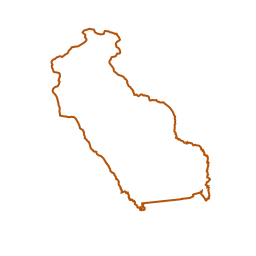 Pradera, Valle del Cauca, Colombia (orthographic projection), rotated 234°
{"feature_id": "7082276B33285563238152", "entity_name": "Pradera", "entity_type": "district", "adm_level": 2, "iso_a3": "COL", "parent_name": "Colombia", "parent_adm1": "Valle del Cauca", "projection": "orthographic", "projection_center": [-76.213, 3.422], "detail": "fine", "context": "isolated", "style": "outline", "palette": "amber", "viewbox_px": 256, "rotation_deg": 234, "n_neighbors": 0, "source": "geoboundaries", "source_scale": "gbopen_adm2", "svg_char_len": 5694}
<svg xmlns="http://www.w3.org/2000/svg" viewBox="0 0 256 256"><g transform="rotate(234 128 128)"><path d="M227.3,107.5L226.9,105.6L226.5,105.1L225.5,104.4L223.6,104.1L223.2,103.0L222.5,102.4L221.2,101.9L219.9,101.8L217.6,101.0L216.8,101.0L214.2,103.6L212.8,104.6L212.0,104.6L211.1,103.9L210.3,103.8L209.8,103.4L209.1,102.0L208.2,101.2L207.6,99.9L207.1,99.7L205.6,99.9L203.7,97.3L203.1,95.5L203.9,93.6L204.0,92.5L203.6,90.4L202.5,88.9L202.0,88.7L200.0,88.4L198.7,88.7L196.7,88.8L194.2,88.4L190.7,86.9L189.2,86.5L187.8,85.5L185.8,84.9L184.7,84.8L181.6,82.2L179.0,81.1L178.1,80.3L177.7,80.5L174.4,83.7L173.6,84.9L172.3,85.6L170.9,87.5L170.3,88.9L168.6,90.6L168.2,90.8L166.1,91.2L161.3,90.7L157.4,89.7L156.9,89.3L156.1,89.0L155.4,89.1L153.2,90.2L152.3,90.2L151.6,89.9L150.7,90.0L148.6,88.5L146.9,88.2L145.8,87.7L145.0,87.0L144.1,87.4L140.7,87.7L139.4,88.1L138.9,87.8L138.3,87.8L135.6,86.7L134.8,86.6L134.0,86.0L133.4,86.0L131.4,86.2L130.5,86.6L130.0,86.4L128.8,86.7L128.2,87.7L127.3,88.4L126.3,87.8L125.3,87.6L123.6,88.0L122.4,88.7L121.2,89.7L117.5,90.3L116.5,90.3L115.6,90.0L114.3,90.1L112.9,89.7L111.4,90.1L110.5,89.8L110.1,90.0L109.5,89.8L108.6,90.0L106.7,89.4L105.7,89.6L105.1,89.4L104.5,88.9L103.1,88.4L102.0,89.0L101.6,89.1L101.1,88.9L100.2,89.6L99.5,89.9L99.0,89.7L98.5,89.9L97.7,89.3L95.9,89.5L94.4,88.7L94.0,88.8L93.8,88.6L93.2,89.0L92.9,88.8L92.0,89.1L90.3,89.1L89.3,88.6L88.8,87.9L87.8,87.3L87.0,87.1L86.6,87.3L85.1,87.2L84.7,86.9L84.2,86.8L83.8,87.0L83.2,86.7L83.2,86.4L82.8,86.1L82.2,86.4L81.7,86.5L81.4,86.2L81.0,86.2L80.6,85.7L80.0,85.5L79.5,84.9L79.3,85.4L79.2,86.5L78.8,87.0L78.7,88.1L77.8,88.6L76.6,88.3L76.4,89.1L76.0,89.9L75.7,89.8L75.4,89.1L75.1,89.0L74.7,89.4L72.5,89.0L72.0,88.0L71.3,88.0L70.7,87.6L70.0,87.9L69.3,87.2L68.8,87.6L68.4,87.5L68.0,87.8L67.9,88.5L68.0,88.7L67.6,88.9L67.4,89.2L66.7,89.1L66.3,89.5L65.9,89.1L65.4,89.2L65.3,89.4L65.3,89.9L65.2,90.1L64.2,90.1L63.8,89.7L63.0,89.5L62.4,88.8L60.0,89.7L59.3,89.6L58.4,89.0L57.6,89.3L56.9,90.2L57.0,90.6L56.5,91.6L56.4,91.5L56.5,90.6L55.6,91.2L55.6,90.3L54.7,89.7L54.3,89.8L54.3,90.5L53.7,90.7L53.9,91.1L53.6,91.9L53.0,92.0L52.4,92.4L52.4,92.7L52.7,93.0L52.4,93.6L52.7,93.8L53.2,94.4L53.8,94.6L55.3,93.9L55.4,94.0L55.5,94.3L55.9,94.4L56.1,93.7L56.3,93.6L56.4,94.1L57.5,94.6L57.5,95.5L59.1,94.5L39.5,128.5L38.8,129.9L39.0,130.0L35.1,136.8L34.4,140.7L35.8,141.4L35.3,143.3L33.5,147.8L33.6,150.6L31.9,148.7L31.3,148.4L29.6,148.6L28.8,148.9L28.1,148.6L25.5,148.7L24.6,148.3L24.0,148.3L23.4,148.5L23.4,148.9L23.7,149.9L24.1,150.1L24.2,150.6L23.8,150.8L23.9,151.0L23.5,151.7L23.5,152.2L24.8,152.8L24.8,153.3L25.5,154.2L29.2,155.8L29.6,156.1L30.6,156.4L31.0,157.2L32.0,157.6L32.2,158.2L32.6,157.9L33.1,157.8L33.5,158.3L33.6,157.8L33.8,158.1L34.4,158.1L34.5,157.9L34.7,158.1L35.2,157.8L36.4,157.5L36.6,158.0L36.6,158.6L37.3,159.2L37.8,160.1L37.4,160.9L37.9,162.6L37.9,163.3L38.5,164.3L40.7,163.7L41.5,163.0L43.0,164.5L43.1,165.4L43.9,165.4L45.3,166.3L46.2,166.1L47.1,166.4L47.2,166.7L47.1,167.1L47.6,167.3L47.8,168.0L48.5,168.4L49.0,169.2L49.5,169.5L50.3,170.9L51.8,171.5L52.5,172.8L53.1,172.7L53.5,172.1L53.7,172.6L54.5,172.5L54.7,173.2L55.1,173.4L56.4,174.8L58.3,175.7L59.4,175.6L59.5,175.3L59.4,174.9L60.1,174.9L60.7,174.6L61.4,173.9L61.6,174.0L61.6,174.6L63.3,175.2L63.6,174.9L64.9,175.5L65.4,175.0L66.0,175.7L66.5,175.7L66.9,175.6L67.3,174.7L68.3,174.9L69.5,175.6L71.9,175.1L74.0,173.0L75.0,172.4L75.6,170.6L76.7,170.6L77.6,170.8L78.9,170.0L80.2,168.8L80.2,168.5L80.6,168.0L80.5,167.3L80.6,167.0L81.0,166.8L81.1,166.5L81.6,167.0L81.6,166.3L81.8,166.2L81.8,166.4L82.1,166.4L82.9,164.9L83.3,164.7L84.7,164.7L85.4,164.5L86.5,163.6L87.8,163.2L89.1,162.0L89.4,162.0L89.6,162.4L90.2,161.8L91.2,161.6L91.8,161.0L92.0,161.3L92.1,161.9L92.6,161.9L92.9,162.5L94.1,162.9L95.2,162.8L95.7,163.6L97.5,163.5L98.5,163.8L100.6,165.9L103.1,167.5L103.7,168.9L105.2,169.5L105.5,169.9L106.5,170.8L108.2,171.4L108.5,171.8L109.0,172.0L109.2,172.6L109.5,172.9L111.3,172.8L112.3,173.2L115.3,173.8L118.8,173.8L121.3,173.5L126.0,172.1L127.7,171.9L128.2,171.5L128.3,170.9L129.4,169.7L129.8,168.9L130.9,168.5L131.7,167.6L132.7,167.3L134.0,167.4L134.3,166.5L135.2,165.2L136.5,164.1L136.8,162.7L137.4,161.9L138.8,162.1L139.8,162.6L140.2,162.9L140.5,162.9L141.1,163.1L142.1,162.8L143.1,161.8L144.0,161.3L144.6,160.3L145.1,160.2L145.3,159.5L146.5,159.2L147.2,158.7L147.6,158.1L147.4,156.3L147.8,155.0L150.0,154.5L150.3,153.7L151.1,152.6L152.0,153.1L154.0,153.4L154.9,154.0L155.7,153.8L156.5,154.1L157.9,153.8L159.4,153.9L161.7,153.2L165.2,153.9L165.8,154.7L167.9,155.0L169.1,154.8L169.9,154.3L171.1,154.6L171.7,154.5L174.2,153.3L176.9,151.2L178.5,151.1L181.9,150.1L183.1,150.3L184.5,151.3L188.1,151.3L189.2,151.1L189.9,151.3L191.7,151.3L192.0,151.5L193.5,153.1L193.5,154.3L194.9,156.2L194.5,157.6L193.7,158.9L193.4,160.0L193.5,160.7L194.6,163.0L193.3,164.7L193.3,165.2L193.5,166.0L195.1,166.9L197.1,167.4L198.9,167.1L200.2,166.3L201.4,166.9L202.8,167.2L203.6,168.1L204.1,169.4L204.2,170.1L203.9,172.6L204.2,173.4L207.3,174.0L209.6,173.8L210.4,174.2L211.4,173.9L211.6,173.5L211.7,172.8L212.2,172.7L214.6,171.1L216.2,169.6L217.4,169.2L218.2,168.5L218.3,168.1L220.0,166.7L220.0,166.3L219.8,165.6L218.4,163.7L218.8,162.6L220.1,160.6L222.3,158.8L224.0,157.9L225.3,157.6L227.3,158.3L227.9,158.1L229.6,156.2L230.8,155.3L231.8,152.1L232.5,150.4L232.6,149.8L232.1,147.5L231.0,147.5L228.9,148.2L228.1,148.1L226.8,146.5L225.1,146.7L223.7,146.3L222.9,144.2L222.9,141.6L223.3,136.3L224.0,134.3L225.1,133.0L225.2,132.0L225.5,131.4L226.0,130.9L226.4,129.7L225.9,129.1L225.3,125.6L224.3,123.9L224.0,123.0L224.3,119.9L224.1,117.0L224.3,116.3L225.7,115.6L226.3,114.6L226.6,112.9L227.0,112.0L226.8,109.5L227.3,107.5Z" fill="none" stroke="#b45309" stroke-width="2"/></g></svg>